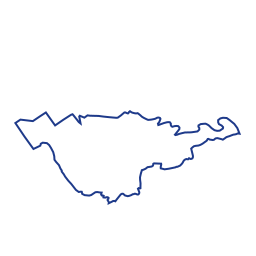 the district of Al-Mahmoudiya, Babil, Iraq, rotated 146°
{"feature_id": "34846034B92813694057989", "entity_name": "Al-Mahmoudiya", "entity_type": "district", "adm_level": 2, "iso_a3": "IRQ", "parent_name": "Iraq", "parent_adm1": "Babil", "projection": "natural_earth1", "projection_center": [44.202, 33.035], "detail": "fine", "context": "isolated", "style": "outline", "palette": "blue", "viewbox_px": 256, "rotation_deg": 146, "n_neighbors": 0, "source": "geoboundaries", "source_scale": "gbopen_adm2", "svg_char_len": 3453}
<svg xmlns="http://www.w3.org/2000/svg" viewBox="0 0 256 256"><g transform="rotate(146 128 128)"><path d="M103.7,121.8L104.3,122.1L105.8,122.9L106.3,123.2L106.8,123.5L107.6,124.7L107.9,125.2L109.2,127.5L109.9,129.0L110.2,129.7L110.6,131.5L110.9,132.5L111.2,133.5L111.7,134.9L112.7,135.3L113.2,135.7L113.6,135.9L114.5,136.8L115.9,138.4L116.5,139.5L117.0,140.8L118.2,140.7L119.1,140.2L119.9,140.1L120.9,141.4L121.4,142.3L122.3,142.9L125.2,142.6L126.7,142.4L126.8,142.4L130.7,142.3L132.0,143.0L135.1,145.5L137.8,147.7L142.1,151.3L145.7,154.5L149.8,157.4L152.7,159.5L154.5,161.1L158.4,161.0L161.1,165.1L162.0,164.8L164.8,158.3L165.5,160.4L165.7,163.6L166.1,168.8L166.3,170.4L167.8,170.8L177.0,171.0L187.0,170.9L187.1,174.0L187.4,186.8L194.6,186.9L203.0,186.9L212.5,195.1L218.6,195.1L218.6,193.6L218.6,178.9L218.2,165.9L218.1,163.5L213.4,162.8L210.6,162.4L209.3,163.5L209.1,163.7L206.9,163.5L203.7,160.8L202.9,158.0L203.0,154.5L203.5,149.8L204.9,145.9L206.7,142.8L206.6,140.1L206.0,135.8L206.7,132.1L206.7,131.0L206.7,130.5L206.7,129.8L207.1,129.4L207.2,129.1L207.3,128.8L207.2,126.9L207.1,125.6L207.3,122.9L207.0,118.0L206.9,117.2L206.3,113.3L205.8,105.8L204.6,102.5L202.7,101.6L202.0,101.0L202.8,99.0L201.5,96.6L198.0,93.7L196.0,93.0L191.0,93.0L189.3,92.1L187.3,90.2L186.0,89.2L187.4,88.0L187.5,86.8L186.7,86.3L186.1,85.4L187.0,84.7L187.2,84.2L185.8,83.0L184.4,82.6L183.5,81.9L183.2,80.9L183.8,80.3L184.8,80.2L185.3,79.5L185.3,77.3L186.1,76.4L182.5,75.9L181.2,75.8L180.3,75.3L180.1,75.2L179.5,74.3L177.6,75.0L171.1,77.0L169.6,76.8L168.8,76.1L168.2,73.7L167.3,72.7L166.5,71.8L166.3,71.6L164.7,71.0L162.6,70.5L161.2,70.5L160.3,70.0L159.0,69.7L158.2,68.8L157.5,67.7L156.7,67.2L155.8,67.3L154.9,67.9L154.5,68.6L154.0,70.8L153.7,72.1L152.7,72.2L151.8,71.2L151.4,71.1L148.5,75.2L147.0,78.2L145.6,80.4L143.2,82.7L142.7,83.1L142.3,83.5L141.1,84.4L140.1,85.3L138.6,84.8L136.2,84.4L133.7,84.6L132.5,84.0L129.9,82.8L128.5,82.8L127.7,83.4L127.0,84.2L126.2,84.1L120.5,79.9L120.9,79.1L122.8,77.3L123.4,76.2L122.0,74.7L120.8,73.3L116.9,71.4L112.5,69.6L110.5,68.8L109.6,68.8L108.7,68.2L105.7,67.7L103.0,68.3L101.8,68.8L100.6,69.5L99.3,69.9L98.0,69.9L96.9,69.6L96.2,68.8L95.6,68.4L94.7,68.7L94.3,68.8L93.9,68.0L93.4,67.3L92.8,67.0L91.6,66.8L90.4,67.6L89.7,68.7L88.8,71.1L87.7,74.1L87.1,75.6L85.2,75.9L83.5,76.0L81.7,75.3L79.5,74.1L77.7,73.6L76.2,73.4L74.6,73.3L72.2,73.4L71.0,73.4L69.7,73.5L68.9,73.9L68.1,74.3L67.4,74.0L66.7,72.7L65.6,71.7L64.4,70.6L63.3,70.2L62.9,70.2L61.9,70.4L60.9,70.3L59.4,69.5L58.8,68.8L56.5,66.2L55.9,65.3L53.7,65.3L51.5,65.4L49.7,64.9L48.4,64.5L46.5,64.1L44.4,63.6L42.8,62.8L41.4,62.3L40.2,62.2L38.7,60.9L37.4,66.8L37.4,67.0L37.6,72.0L38.6,75.3L39.3,77.7L40.2,80.1L40.6,81.1L43.6,83.4L46.1,84.3L48.9,84.1L50.1,82.2L50.4,80.3L49.0,77.7L48.7,75.8L48.7,75.5L49.6,74.5L53.4,74.5L54.5,75.1L55.7,75.8L57.5,77.8L58.8,81.2L59.5,84.7L60.1,86.2L60.6,87.1L61.1,87.9L61.3,88.2L62.8,89.1L65.6,90.6L68.1,90.7L68.9,89.7L68.9,88.1L69.8,86.8L72.3,86.3L74.2,87.2L77.5,88.8L78.9,89.6L82.6,92.0L83.4,92.5L86.6,93.7L89.2,94.6L90.8,94.9L92.6,95.6L92.8,96.2L92.1,96.4L90.2,97.0L87.9,97.7L86.0,98.4L85.1,99.6L85.3,101.4L86.5,102.5L88.3,103.5L90.5,104.2L91.0,105.1L90.8,106.7L90.0,107.8L90.1,108.9L90.1,109.4L91.0,110.1L92.3,110.9L95.4,112.0L97.8,112.6L98.5,112.8L99.9,113.1L101.2,113.5L100.7,114.9L100.2,115.0L99.3,115.3L98.5,115.6L96.0,117.4L95.9,118.5L96.7,119.5L98.0,120.2L100.1,120.4L101.8,121.0L103.7,121.8Z" fill="none" stroke="#1e3a8a" stroke-width="2"/></g></svg>